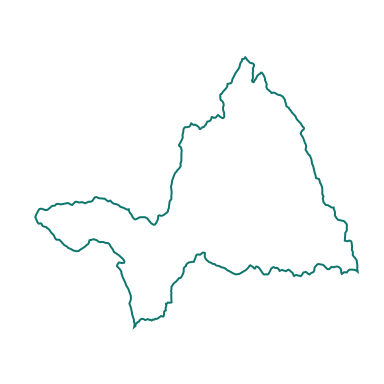 Aija, Áncash, Peru (Equal Earth projection), rotated 355°
{"feature_id": "86281439B16913171463289", "entity_name": "Aija", "entity_type": "district", "adm_level": 2, "iso_a3": "PER", "parent_name": "Peru", "parent_adm1": "Áncash", "projection": "equal_earth", "projection_center": [-77.714, -9.768], "detail": "fine", "context": "isolated", "style": "outline", "palette": "teal", "viewbox_px": 384, "rotation_deg": 355, "n_neighbors": 0, "source": "geoboundaries", "source_scale": "gbopen_adm2", "svg_char_len": 6038}
<svg xmlns="http://www.w3.org/2000/svg" viewBox="0 0 384 384"><g transform="rotate(355 192 192)"><path d="M312.5,165.8L312.1,165.7L310.9,164.1L309.6,161.2L308.9,160.2L308.9,159.4L309.7,156.6L309.5,154.4L308.7,152.8L307.5,147.8L306.1,145.1L305.4,143.4L306.2,141.4L306.9,140.5L308.5,139.6L309.1,138.5L309.0,137.6L307.9,136.4L306.3,133.1L302.7,128.7L301.7,125.6L298.3,121.2L297.4,119.3L296.4,118.2L295.8,116.6L293.6,114.9L293.1,111.2L292.6,109.8L292.7,108.4L290.9,105.1L288.8,103.4L285.9,102.5L283.0,100.4L281.5,100.0L280.2,100.4L279.7,100.2L279.4,99.4L276.0,96.0L275.2,94.0L275.8,91.2L275.4,89.4L274.6,87.4L274.5,84.6L273.3,81.4L271.9,79.2L271.1,79.1L270.1,80.2L268.6,80.8L267.1,82.1L265.3,85.1L264.4,85.9L263.1,87.9L262.6,88.0L261.8,87.3L261.5,86.2L262.5,84.3L262.7,82.7L262.9,78.5L263.4,77.1L263.4,74.3L264.7,72.0L264.8,70.5L264.1,69.4L261.0,68.3L258.6,65.3L257.3,63.0L256.8,62.5L256.3,63.4L255.8,63.7L253.6,64.0L253.3,64.3L253.1,65.9L251.4,67.9L250.0,72.2L245.8,77.3L241.9,83.5L241.4,85.5L240.6,86.8L239.7,87.1L236.9,87.4L236.2,90.1L235.4,91.3L231.3,95.1L230.4,96.5L228.6,97.5L228.4,101.8L228.7,102.9L230.0,104.0L230.5,104.9L231.0,106.1L231.2,107.3L231.1,108.7L230.5,109.4L230.1,112.9L231.0,116.1L230.7,117.8L230.8,119.4L230.3,120.5L229.5,121.1L228.3,120.8L225.9,118.9L224.9,117.7L224.3,117.8L222.0,120.0L220.3,120.0L218.4,119.0L218.1,119.2L217.7,120.4L216.7,122.1L215.9,122.9L213.4,123.2L211.7,126.0L209.4,128.3L207.7,128.5L206.1,129.9L205.2,129.9L204.3,127.9L202.4,126.0L200.6,125.1L199.3,125.3L197.2,123.6L196.0,125.8L195.1,126.6L192.7,127.0L190.9,126.8L189.6,127.8L188.9,129.1L188.5,131.7L187.5,134.3L187.5,137.1L185.7,140.3L183.1,144.2L183.2,144.7L184.9,146.6L185.4,150.0L184.8,152.7L184.1,160.2L183.0,162.5L183.0,165.2L181.6,167.1L179.1,169.2L178.7,170.1L177.5,171.0L176.4,172.3L173.2,178.9L172.4,182.5L171.6,184.6L171.7,190.8L171.0,194.5L170.9,196.6L170.6,197.7L169.3,198.7L168.6,200.6L167.5,206.2L166.7,207.5L166.5,208.8L165.6,210.1L161.5,212.6L160.1,213.0L159.0,213.0L157.5,212.4L156.4,212.8L155.5,216.6L153.7,219.6L152.2,221.2L150.9,221.3L148.6,219.6L145.0,214.3L143.0,213.0L137.7,212.6L134.0,214.3L132.9,214.3L132.1,213.8L130.9,212.2L129.6,209.1L128.4,207.4L127.8,206.1L127.5,203.7L126.1,204.0L121.9,201.5L119.3,200.5L118.2,199.1L116.5,197.9L112.8,196.7L111.5,195.6L109.8,193.4L108.0,194.1L107.5,194.0L104.5,191.1L98.8,190.1L96.4,188.7L94.6,188.9L92.0,192.1L90.9,192.6L89.9,192.9L88.2,192.7L84.6,193.9L81.6,192.5L78.7,192.7L76.5,191.7L74.9,191.6L71.5,194.5L69.6,193.7L68.9,192.9L67.3,192.2L60.1,192.9L57.6,192.1L56.5,192.1L55.9,192.2L54.2,193.6L52.2,193.6L51.0,194.0L46.8,197.0L45.7,197.3L44.1,197.1L40.6,195.5L38.7,195.6L38.0,196.2L35.2,200.3L33.7,203.2L35.4,208.5L36.3,209.9L36.6,210.2L38.6,210.0L39.2,210.5L40.1,212.6L40.8,213.2L44.0,214.4L44.5,215.5L45.1,215.7L46.4,217.0L48.4,220.5L50.5,222.9L51.6,226.1L52.4,227.3L53.4,227.8L55.2,227.9L56.2,228.5L60.0,233.6L62.8,235.6L63.8,236.9L66.8,238.5L68.4,239.8L72.0,241.0L74.2,240.8L75.2,240.0L80.7,237.1L82.7,235.4L83.8,235.0L84.4,234.4L85.7,231.1L90.1,230.5L93.0,231.8L94.5,233.2L95.7,233.9L99.1,234.0L101.2,235.1L104.2,235.7L105.2,236.9L106.6,240.0L107.8,241.7L109.1,244.9L113.6,248.6L117.4,252.7L118.4,254.5L118.6,255.5L118.1,256.6L115.5,256.6L113.8,255.9L113.0,255.9L111.9,257.1L110.9,258.8L110.9,259.5L113.4,262.6L114.7,265.2L114.6,267.2L115.1,268.4L115.3,270.2L117.7,276.6L118.2,279.1L120.1,282.9L121.9,289.6L122.0,291.9L121.6,294.1L119.9,297.6L121.0,301.9L121.6,306.5L121.7,308.6L123.0,314.3L122.8,316.3L123.4,317.9L123.4,318.8L122.6,321.5L124.0,320.5L124.3,319.1L124.7,318.4L126.4,317.0L127.8,316.5L129.3,314.7L130.6,314.0L131.4,314.0L132.7,314.4L134.2,315.5L136.9,314.8L138.5,315.7L139.5,315.6L140.7,316.5L141.9,315.7L143.2,315.9L144.3,315.2L145.5,315.3L146.7,315.1L150.2,312.9L151.1,313.0L152.0,313.6L152.8,313.4L153.4,312.0L153.7,309.1L154.2,308.3L155.6,307.7L155.5,305.7L156.5,303.1L156.3,301.1L157.3,301.0L158.2,300.0L159.3,300.3L161.8,300.3L162.1,299.9L162.1,297.0L162.4,292.1L162.8,290.7L162.5,289.2L163.0,287.3L163.3,284.6L165.9,281.4L168.5,279.7L171.7,276.6L173.1,276.6L174.2,275.5L176.3,272.0L176.9,269.8L177.1,267.4L178.0,266.2L179.5,265.2L179.8,264.0L180.3,263.4L182.7,261.9L186.0,261.6L187.6,261.8L189.7,257.9L190.4,255.9L191.3,254.9L192.4,254.7L194.6,255.2L197.2,253.4L198.9,253.5L199.5,253.9L199.1,257.6L199.7,259.5L200.3,260.6L202.8,263.3L204.2,263.8L206.4,265.4L208.3,265.8L209.3,267.0L210.1,267.5L212.8,268.1L214.1,269.2L217.8,270.6L221.0,273.5L222.3,274.1L226.0,276.7L228.5,277.9L232.1,277.7L238.8,274.5L241.4,272.4L242.8,270.6L243.7,270.1L246.4,272.3L247.0,273.3L247.5,273.6L248.1,273.7L249.1,272.1L249.7,271.9L250.2,271.9L251.3,272.6L252.3,273.5L255.7,279.7L256.7,280.5L258.8,280.4L259.6,280.8L260.8,280.5L262.8,277.8L264.2,275.2L266.3,274.0L266.9,274.0L268.2,274.9L270.2,275.1L270.8,275.5L271.6,276.4L272.3,278.2L274.8,277.5L278.8,279.1L280.3,278.1L281.3,277.8L282.2,278.4L285.3,281.6L286.0,284.1L286.4,284.6L287.7,283.9L288.7,283.8L293.0,285.3L294.5,284.0L295.4,282.5L296.2,281.8L298.6,281.6L300.9,283.9L301.9,284.4L303.5,283.2L305.9,282.4L307.1,280.5L307.4,278.3L308.0,277.4L310.2,275.3L311.5,274.7L316.3,276.0L320.0,280.4L320.7,280.8L322.2,280.6L324.3,278.8L326.0,279.3L329.8,278.8L331.0,279.2L332.2,280.0L333.6,281.9L333.8,286.1L334.1,286.7L336.7,285.1L339.1,285.7L340.8,283.9L342.1,283.1L345.5,283.4L347.5,283.9L349.0,284.7L350.1,285.8L349.9,283.0L350.3,279.8L350.1,274.5L348.8,272.1L346.6,269.0L347.0,266.2L346.9,265.3L346.3,263.9L346.3,262.7L346.8,260.1L346.5,255.6L346.1,254.9L345.1,254.3L344.4,254.1L342.5,254.6L340.0,253.8L341.2,245.9L342.8,244.0L343.2,239.7L343.5,238.2L343.0,237.0L340.8,234.2L335.0,232.4L333.5,230.3L332.3,227.8L332.7,224.9L332.3,222.8L331.8,221.4L331.8,219.8L330.6,219.8L328.8,219.1L328.1,218.2L327.2,217.8L326.4,217.0L324.2,216.6L322.2,213.8L321.7,209.7L322.6,208.1L322.1,206.4L321.7,205.9L321.6,204.7L321.9,203.1L322.1,198.2L321.5,197.1L321.2,195.5L320.5,194.4L319.7,190.2L316.7,188.9L316.5,185.7L315.9,183.5L314.9,176.2L314.2,174.9L313.7,169.4L312.5,165.8Z" fill="none" stroke="#0f766e" stroke-width="2"/></g></svg>